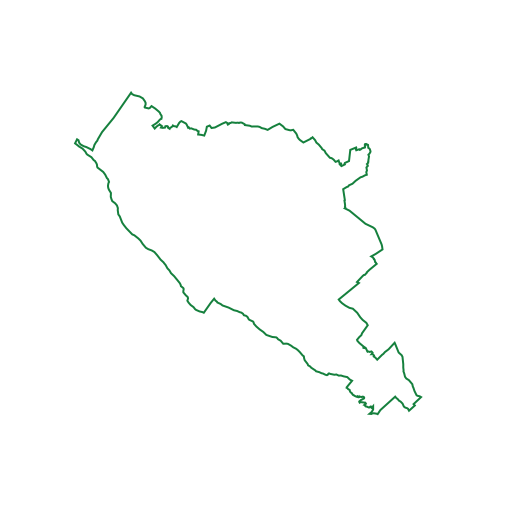 Gusoeni, Vâlcea, Romania (Mercator projection), rotated 163°
{"feature_id": "2599482B73912524468406", "entity_name": "Gusoeni", "entity_type": "district", "adm_level": 2, "iso_a3": "ROU", "parent_name": "Romania", "parent_adm1": "Vâlcea", "projection": "mercator", "projection_center": [24.113, 44.728], "detail": "fine", "context": "isolated", "style": "outline", "palette": "green", "viewbox_px": 512, "rotation_deg": 163, "n_neighbors": 0, "source": "geoboundaries", "source_scale": "gbopen_adm2", "svg_char_len": 6094}
<svg xmlns="http://www.w3.org/2000/svg" viewBox="0 0 512 512"><g transform="rotate(163 256 256)"><path d="M327.7,448.7L351.9,429.6L367.0,419.5L373.2,413.8L374.0,412.7L375.7,411.6L378.0,409.5L379.4,407.4L381.6,404.8L383.0,406.6L386.4,409.8L388.7,411.4L391.1,413.9L392.0,416.1L391.9,418.6L393.0,419.9L396.1,416.6L393.7,413.3L393.6,412.9L390.5,409.4L388.7,405.7L388.2,403.3L387.7,402.3L384.5,398.6L383.2,395.2L382.2,393.9L381.5,391.2L381.4,389.8L381.8,387.8L381.7,386.9L377.5,381.0L376.4,377.8L375.8,374.1L375.1,372.8L374.9,369.8L375.9,368.7L377.0,366.5L377.3,365.1L377.4,363.8L377.2,362.1L376.3,358.7L377.6,355.0L377.6,352.4L377.4,350.5L375.3,347.6L374.2,345.0L374.1,342.2L374.8,340.3L375.5,336.0L374.7,333.7L374.2,327.0L373.4,324.4L371.9,320.5L368.0,312.8L366.3,311.4L363.4,307.2L361.9,304.4L360.9,300.8L358.9,296.1L357.1,294.1L354.1,291.8L352.0,289.5L350.3,285.7L348.3,280.4L346.2,276.8L346.0,276.0L345.1,273.9L344.3,270.1L343.0,267.5L342.3,264.4L340.2,260.7L336.9,252.6L336.5,250.7L336.6,249.1L334.9,246.6L334.8,245.6L335.8,243.6L336.1,242.4L334.5,238.7L333.6,237.3L333.3,236.6L333.4,235.3L334.7,233.3L334.1,231.1L332.8,228.2L330.7,225.4L329.8,223.0L329.1,222.0L326.2,219.5L323.6,218.0L322.5,217.0L313.0,224.4L308.5,227.4L307.8,225.2L306.7,223.7L306.6,222.9L303.8,220.4L302.5,218.5L297.3,214.7L293.0,210.6L290.1,208.9L288.1,207.1L286.5,206.1L285.3,204.5L284.9,202.9L283.1,201.8L282.0,200.3L281.4,197.5L281.0,196.9L278.1,194.3L277.7,193.3L277.8,191.8L276.3,188.5L274.0,184.8L271.2,181.2L269.2,177.5L264.1,173.8L260.5,172.3L259.9,171.6L259.2,169.9L257.2,167.8L255.6,164.1L252.5,163.3L251.1,162.6L248.5,159.8L247.2,157.9L244.8,155.6L243.6,153.9L242.2,151.3L240.5,147.3L239.6,146.1L239.9,144.0L239.9,142.1L238.2,137.6L238.1,136.2L236.5,134.5L235.9,133.1L232.7,129.2L232.3,128.2L229.4,126.4L227.7,124.8L226.3,124.0L224.4,122.2L223.0,121.3L222.0,121.5L221.2,122.3L220.5,122.4L219.6,121.6L215.7,119.5L213.8,119.2L211.8,117.4L209.7,116.9L207.4,115.3L204.1,113.5L202.4,110.4L200.6,108.6L207.7,103.9L207.9,103.5L207.3,103.0L206.8,101.8L205.6,100.5L205.7,99.1L205.4,98.0L204.3,96.5L204.4,96.2L203.9,94.8L203.3,94.5L202.9,93.7L201.0,92.0L200.2,92.2L200.1,91.5L199.6,91.1L198.6,91.6L198.5,90.9L197.0,90.8L196.1,90.2L194.9,90.3L194.0,89.4L194.0,88.7L194.4,88.2L198.0,87.5L199.8,86.7L199.9,86.2L199.7,85.4L198.7,85.7L194.4,83.8L194.1,82.7L195.9,81.9L195.2,81.4L195.5,81.0L195.1,80.1L194.0,79.5L192.5,78.2L192.1,78.0L190.5,78.6L190.3,78.5L190.6,78.1L189.8,76.9L187.9,78.1L188.8,75.1L189.4,74.4L191.2,72.9L193.6,71.9L191.8,71.2L191.3,71.4L189.4,71.2L186.9,70.0L185.9,69.2L182.1,72.3L164.0,80.8L163.4,79.3L162.2,77.5L161.6,75.9L160.3,74.5L159.0,72.0L158.6,68.8L157.8,67.6L155.8,66.1L155.3,65.4L154.9,63.3L147.8,66.6L148.6,68.3L139.4,72.8L140.5,74.0L142.6,75.2L143.2,76.1L143.9,80.5L144.0,84.1L144.2,85.2L144.0,87.7L146.1,92.6L148.1,94.9L148.8,97.0L148.6,100.3L148.7,102.6L148.3,103.5L147.8,106.2L146.8,109.5L145.4,116.7L145.7,118.5L147.8,122.0L148.6,131.1L148.8,132.5L156.5,128.0L160.9,126.4L162.9,125.1L164.2,124.7L170.4,121.4L171.6,124.0L172.8,125.5L172.2,126.3L172.7,127.3L173.4,128.1L174.2,128.3L172.8,129.3L173.2,130.4L173.6,131.0L175.3,131.0L176.5,131.9L177.3,131.8L177.5,132.2L177.5,133.0L177.9,135.6L178.9,136.1L178.9,136.4L178.5,136.6L178.9,137.1L179.8,136.6L180.1,136.7L180.0,137.3L179.5,137.8L182.5,142.4L183.8,145.1L183.9,146.3L180.9,148.3L178.4,149.5L177.2,151.1L169.4,157.1L170.0,159.8L172.7,163.7L174.2,166.9L175.8,172.1L178.8,177.3L181.8,179.1L185.0,182.4L187.5,185.7L189.0,188.4L189.6,190.2L165.5,200.1L167.0,201.6L159.6,205.8L158.4,206.3L157.5,206.1L154.9,207.6L154.8,208.0L151.4,209.7L142.9,213.2L143.3,214.1L143.3,214.7L143.8,215.2L143.7,217.8L144.2,218.4L144.0,218.9L144.9,220.8L145.9,221.9L140.8,223.0L133.1,225.3L132.6,228.4L132.5,230.3L134.1,246.0L134.5,247.4L135.9,249.3L141.9,254.8L153.3,272.0L157.1,275.6L156.5,275.8L156.3,276.3L156.6,277.0L156.1,277.9L155.7,279.8L155.2,283.2L154.7,283.4L153.1,294.4L149.2,295.4L147.6,295.5L146.4,296.4L142.6,296.9L138.7,298.8L133.0,300.7L131.0,300.7L128.2,301.3L126.3,301.3L126.0,304.0L124.9,305.3L124.5,308.4L122.7,309.5L122.9,310.4L122.7,310.8L123.0,311.5L121.4,312.4L121.4,313.1L120.7,313.9L120.6,314.6L118.8,318.2L118.9,320.0L117.6,320.7L116.2,322.0L115.9,322.6L115.9,324.9L116.3,325.8L117.0,326.6L116.4,329.5L118.0,331.0L119.0,331.1L119.3,330.8L119.1,329.6L119.8,329.3L119.9,328.2L120.1,327.9L123.0,328.0L125.0,327.2L125.7,327.2L125.8,327.8L126.1,327.9L129.2,327.8L129.3,329.1L128.5,330.0L128.5,330.5L134.8,329.9L139.3,319.6L143.8,319.0L144.4,318.3L144.3,317.6L148.0,317.0L148.9,318.8L147.8,319.0L147.6,319.3L147.7,319.7L149.0,319.7L149.1,323.2L150.9,322.8L152.4,322.8L153.6,325.5L155.1,327.5L156.6,328.3L159.2,334.0L159.7,336.7L161.5,338.9L161.6,339.9L163.4,344.2L165.1,346.8L165.6,349.5L167.2,353.0L168.0,352.6L169.2,352.5L169.4,352.1L177.5,350.7L180.1,354.1L180.9,355.7L181.5,357.5L181.4,359.1L181.7,361.3L183.5,365.8L186.0,366.0L187.3,366.6L190.8,368.8L192.2,372.0L194.9,375.7L202.4,374.6L208.0,373.2L210.4,375.1L213.1,376.6L214.8,378.4L216.5,379.4L222.3,381.1L223.9,382.4L228.4,384.5L228.3,385.3L230.6,387.7L232.2,388.3L233.4,388.2L234.3,388.8L236.3,389.2L240.2,390.9L241.4,390.6L242.6,390.8L243.4,390.1L244.5,389.9L244.6,390.6L244.2,391.1L245.7,392.8L249.6,392.4L257.7,390.9L261.1,391.4L262.2,394.3L265.2,394.0L267.1,390.4L270.3,386.3L272.8,387.8L275.8,389.1L274.4,392.0L275.4,392.7L276.3,394.2L278.1,395.0L280.6,397.0L282.1,397.2L282.7,398.7L283.4,398.5L283.9,402.0L284.3,403.2L287.9,406.8L289.0,406.6L290.5,405.8L294.1,402.5L295.0,403.5L296.6,404.2L297.3,405.1L298.0,404.4L301.0,403.4L301.4,402.9L302.6,404.3L302.7,404.6L302.3,405.0L302.4,405.6L303.1,406.3L304.7,406.6L305.5,405.4L307.8,405.8L309.3,406.6L308.0,407.7L309.7,410.0L310.0,409.6L311.1,409.6L313.3,408.8L315.6,407.5L316.8,410.9L313.4,411.8L310.8,412.8L308.1,414.5L307.0,414.9L306.4,414.8L305.6,416.2L305.3,417.8L305.9,419.5L306.0,421.0L306.7,422.5L309.3,426.5L312.1,429.9L314.3,428.6L315.5,428.5L318.9,430.5L319.0,431.0L317.3,433.1L316.8,434.7L317.0,436.4L318.1,439.8L320.7,442.6L325.5,445.4L327.2,447.1L327.7,448.7Z" fill="none" stroke="#15803d" stroke-width="2"/></g></svg>